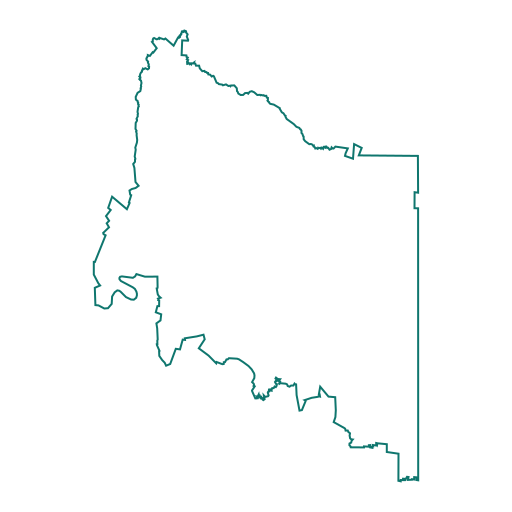 Balancán, Tabasco, Mexico (Equal Earth projection)
{"feature_id": "50627088B87279423420052", "entity_name": "Balancán", "entity_type": "district", "adm_level": 2, "iso_a3": "MEX", "parent_name": "Mexico", "parent_adm1": "Tabasco", "projection": "equal_earth", "projection_center": [-91.389, 17.796], "detail": "fine", "context": "isolated", "style": "outline", "palette": "teal", "viewbox_px": 512, "rotation_deg": 0, "n_neighbors": 0, "source": "geoboundaries", "source_scale": "gbopen_adm2", "svg_char_len": 5974}
<svg xmlns="http://www.w3.org/2000/svg" viewBox="0 0 512 512"><path d="M112.1,196.7L108.2,207.9L110.7,210.0L106.0,216.1L109.1,220.8L106.7,223.3L109.0,227.3L103.2,232.9L103.6,234.2L105.6,235.3L94.9,262.0L93.8,261.9L93.8,274.6L98.3,283.2L100.1,285.5L94.8,287.8L95.4,305.1L98.5,305.4L104.3,308.5L108.0,308.2L111.7,303.9L112.1,296.5L114.7,292.3L117.3,290.4L119.1,290.7L120.5,291.6L126.0,297.1L131.0,299.5L133.8,299.7L136.2,297.8L136.9,295.4L136.9,293.6L136.4,291.6L134.9,288.9L132.8,287.3L120.9,281.0L119.5,279.2L119.4,278.0L120.1,276.8L121.9,276.4L132.9,277.8L135.1,276.4L136.4,274.1L145.0,276.7L157.4,276.6L157.6,287.3L157.3,288.4L156.7,288.5L157.8,294.5L159.1,296.4L160.6,297.7L158.1,298.6L158.5,299.1L158.2,300.1L159.2,300.5L159.1,306.1L157.4,306.1L155.8,312.3L161.2,314.3L160.5,320.4L156.4,323.4L157.2,328.4L157.7,339.5L157.3,340.6L157.4,344.1L156.8,344.2L156.9,345.0L159.5,350.9L159.1,351.2L159.3,355.9L162.2,360.1L164.7,362.7L166.1,365.7L170.2,364.0L175.8,348.8L180.0,349.4L182.7,339.6L185.0,339.9L184.8,338.3L196.8,336.4L203.5,334.7L204.7,339.3L198.8,348.3L208.6,355.6L216.2,363.3L216.6,362.0L222.4,364.2L223.7,364.0L223.8,362.2L225.0,362.1L226.5,359.4L227.7,359.4L228.9,358.2L237.1,358.7L238.9,359.3L243.2,362.1L248.5,366.0L251.7,369.4L254.1,373.4L254.5,375.4L254.3,378.1L252.1,382.1L253.7,383.7L254.1,385.2L253.6,385.9L254.7,386.4L252.0,390.5L252.1,391.1L255.3,398.4L256.8,398.4L257.0,397.3L257.9,397.8L258.0,397.1L257.4,396.5L258.3,396.6L258.0,395.8L258.7,394.4L258.8,395.0L259.5,395.2L259.3,396.4L259.6,396.0L260.7,396.5L260.2,397.7L260.6,398.0L261.3,397.4L261.4,398.5L262.4,398.2L262.6,399.5L263.3,400.1L264.6,399.2L263.9,395.5L265.2,396.9L268.1,396.2L268.6,395.4L267.8,392.7L268.0,392.0L269.1,391.5L268.8,390.8L269.0,389.5L270.2,389.4L270.2,390.4L271.6,390.7L271.4,388.6L271.8,389.2L272.2,388.1L273.7,388.1L274.6,386.5L275.8,387.1L276.5,386.1L276.9,384.2L276.0,383.9L275.0,382.0L275.8,380.9L276.6,381.1L277.2,380.7L277.0,379.9L275.5,378.5L276.0,377.6L277.8,379.0L280.1,379.2L278.7,381.0L280.1,381.6L279.1,383.5L279.3,383.9L280.4,383.2L285.7,383.7L287.1,384.4L287.7,386.0L289.5,386.7L291.1,385.5L293.4,385.5L294.5,383.6L295.1,384.3L296.1,384.4L296.6,395.1L299.5,410.6L301.9,410.1L305.6,401.1L305.7,400.7L304.7,400.1L311.7,397.8L318.0,396.8L318.5,396.2L320.0,396.6L319.6,394.2L318.9,394.1L320.2,386.7L328.5,396.6L335.2,397.2L335.8,410.3L335.4,417.1L333.7,422.1L344.6,428.2L345.2,428.8L345.6,430.6L347.7,430.5L348.5,432.2L349.7,432.9L350.0,433.5L349.6,435.5L350.1,438.3L351.2,439.3L352.7,439.5L351.6,440.8L351.2,442.6L349.5,443.5L349.4,445.2L350.6,446.5L350.7,447.3L364.0,447.4L364.0,446.4L369.0,446.7L368.9,445.2L370.0,445.1L370.1,447.4L372.3,447.8L372.1,446.6L373.1,446.5L372.8,445.0L376.2,445.5L376.2,443.0L377.1,443.2L377.3,443.8L377.4,443.3L386.8,444.2L386.8,452.0L398.5,453.7L398.4,480.8L400.7,481.3L400.7,480.0L402.7,480.1L403.0,478.7L404.7,478.8L404.2,480.1L405.2,480.1L407.0,476.8L408.5,477.0L407.9,479.9L412.1,479.7L412.1,479.2L414.1,479.5L414.2,477.1L416.3,477.3L416.3,480.0L418.2,480.3L418.1,208.3L414.5,208.2L414.6,192.2L418.1,192.7L417.9,155.9L358.8,155.4L361.7,147.9L354.1,144.1L353.0,158.7L345.0,155.9L345.6,153.3L347.8,148.4L335.4,146.6L333.6,148.5L332.7,148.5L331.6,147.4L331.1,149.0L329.5,149.7L328.2,147.8L327.4,147.9L326.4,146.5L325.3,146.6L325.3,147.7L323.8,147.0L323.1,148.8L321.9,147.6L321.0,148.7L320.3,147.8L318.6,148.2L318.1,147.8L317.6,148.8L316.3,148.1L315.3,148.5L314.8,147.2L313.7,146.6L313.8,145.8L313.3,146.0L312.5,144.7L310.9,144.0L309.3,144.2L305.2,141.2L303.7,139.3L303.6,136.5L303.1,136.1L302.5,134.1L301.5,133.0L301.5,130.7L300.7,129.4L300.2,129.3L299.3,127.9L296.4,126.8L293.8,124.1L286.7,119.0L285.5,116.8L285.6,115.8L284.9,115.5L283.5,113.3L281.8,112.3L279.7,108.7L279.8,108.2L273.8,104.6L270.2,103.8L269.1,102.6L269.1,102.1L268.0,101.4L267.5,100.6L267.9,100.2L267.9,97.9L266.8,97.6L266.3,95.8L264.7,95.9L263.7,95.2L263.2,95.5L261.5,95.0L260.6,95.3L260.0,94.8L257.3,95.0L254.2,92.3L251.8,91.2L249.7,91.8L248.2,93.7L247.3,92.9L245.0,93.1L243.2,94.9L240.7,95.0L238.3,93.5L237.7,91.8L237.0,91.1L236.8,88.3L234.3,85.4L231.0,85.5L230.5,86.2L230.1,85.7L228.4,86.0L226.0,84.4L222.9,85.3L222.2,84.6L218.8,84.1L218.2,83.3L216.6,82.7L213.9,76.3L213.1,75.8L211.7,76.5L210.2,74.7L208.3,74.4L208.1,73.0L207.0,72.9L206.5,72.1L205.1,72.0L204.5,70.9L202.3,71.2L199.8,68.4L199.1,65.7L196.0,65.7L195.3,63.6L193.7,63.5L194.0,62.5L192.6,63.5L191.5,63.3L191.2,64.2L190.6,63.5L189.8,64.2L189.3,63.4L188.5,63.6L188.7,63.0L188.4,62.8L187.2,63.5L187.1,62.3L188.2,62.4L187.4,61.2L188.1,60.0L186.8,59.3L187.8,57.6L186.6,57.0L186.4,55.4L181.6,55.1L182.2,40.4L188.0,40.7L188.2,40.0L186.8,36.6L187.6,34.3L186.4,33.0L186.0,31.2L184.7,30.7L184.7,31.6L184.0,31.3L183.3,32.0L182.9,31.8L183.0,31.2L181.9,31.4L181.6,33.0L181.1,33.5L181.3,34.2L179.9,35.3L180.2,35.6L179.9,35.8L180.0,37.0L179.2,37.6L178.8,36.8L178.1,37.4L173.6,45.7L165.4,38.5L164.1,39.4L160.1,38.1L159.5,38.7L159.0,37.9L157.7,39.1L156.5,39.3L154.1,38.0L153.2,38.5L152.7,40.0L152.8,41.4L152.0,41.9L156.7,48.2L153.3,52.6L152.7,52.2L149.9,55.9L147.9,55.1L148.0,56.1L147.3,56.5L147.1,57.5L146.4,58.3L146.5,59.8L148.1,61.6L147.9,62.6L148.8,64.4L148.4,66.1L149.1,66.5L149.0,68.3L147.7,69.4L145.3,68.2L143.5,69.3L142.9,68.7L141.9,70.8L142.0,71.7L141.0,72.5L140.1,74.3L140.0,75.8L139.4,76.4L140.2,77.1L139.7,78.3L140.3,78.1L140.0,79.9L141.0,80.6L141.5,83.0L140.9,85.6L141.2,86.5L140.6,88.3L140.9,88.7L140.3,91.1L137.6,92.8L135.7,96.9L135.9,99.6L137.7,101.1L137.7,102.0L138.2,102.6L138.0,104.0L138.7,104.6L138.5,105.7L138.8,106.4L138.2,107.2L137.5,111.9L138.0,113.9L137.6,114.7L137.8,116.2L136.5,118.9L137.0,119.6L137.0,120.7L135.7,122.9L135.5,128.9L136.6,130.9L136.1,131.6L136.7,133.5L136.6,135.2L137.2,140.0L136.9,142.6L135.3,147.6L135.7,149.7L134.7,156.5L135.4,158.9L135.0,159.4L135.0,161.8L133.2,164.0L134.4,167.9L135.5,182.0L138.6,185.8L135.6,188.0L131.9,189.0L129.5,190.5L130.2,194.6L131.2,195.2L128.9,202.5L129.6,203.0L126.9,209.2L112.1,196.7Z" fill="none" stroke="#0f766e" stroke-width="2"/></svg>